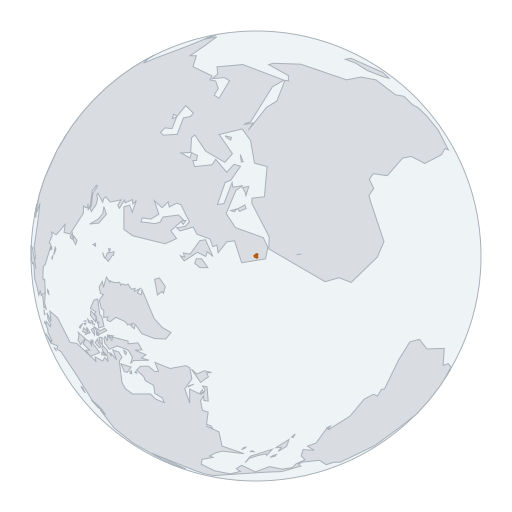 Portalegre on an orthographic globe, rotated 263°
{"feature_id": "PRT-747", "entity_name": "Portalegre", "entity_type": "District", "adm_level": 1, "iso_a3": "PRT", "parent_name": "Portugal", "parent_adm1": "", "projection": "orthographic", "projection_center": [-7.639, 39.223], "detail": "fine", "context": "on_globe", "style": "filled", "palette": "amber", "viewbox_px": 512, "rotation_deg": 263, "n_neighbors": 0, "source": "natural_earth", "source_scale": "10m", "svg_char_len": 10558}
<svg xmlns="http://www.w3.org/2000/svg" viewBox="0 0 512 512"><g transform="rotate(263 256 256)"><circle cx="256" cy="256" r="225" fill="#eef3f6" stroke="#a8b0b8"/><path d="M79.4,395.9L67.9,376.8L63.0,368.1L53.4,350.9L41.1,314.6L41.8,307.8L40.3,300.2L45.5,294.1L45.8,277.7L44.4,272.6L42.0,274.8L38.9,255.0L40.2,240.3L43.2,187.4L46.2,178.2L50.5,169.3L73.0,128.4L53.3,160.5L57.9,150.5L65.7,137.1L66.3,137.0L78.2,120.7L85.3,111.1L102.6,94.2L122.2,82.7L116.9,87.3L122.3,84.5L129.2,78.9L132.5,76.0L160.3,63.1L184.8,50.8L188.2,47.0L190.8,48.3L194.5,41.8L205.1,37.7L195.7,42.5L196.8,43.2L205.3,40.2L208.2,40.4L213.9,39.2L216.6,39.9L211.0,43.3L212.6,44.0L218.5,41.9L225.0,41.7L216.1,44.6L226.4,44.7L218.8,51.6L192.8,61.0L191.2,67.4L171.0,84.2L175.4,84.0L170.5,91.0L173.7,93.5L169.1,96.5L175.7,96.0L179.3,92.9L183.4,91.8L185.6,93.2L180.1,97.0L178.2,96.8L177.7,98.7L174.0,100.1L177.1,100.2L170.1,105.0L180.2,102.4L177.4,108.1L171.9,110.7L168.3,107.5L146.6,107.6L140.0,110.3L134.1,116.7L131.9,134.4L126.2,138.9L121.6,147.1L126.5,145.7L132.0,138.8L140.1,138.7L145.8,130.9L149.9,129.9L157.4,123.6L160.6,127.9L159.8,135.7L153.8,141.4L153.2,145.2L162.6,142.8L154.8,157.0L155.7,173.0L153.2,176.6L141.9,177.4L132.8,169.1L118.1,172.3L132.0,173.9L125.6,183.9L126.4,187.3L129.3,189.2L133.5,187.0L132.2,191.4L117.9,190.9L118.9,186.8L123.4,186.9L119.1,183.3L109.4,184.0L106.9,189.5L94.9,186.4L93.0,190.5L89.3,192.4L93.2,185.9L86.0,197.8L71.5,199.1L61.3,219.9L66.5,198.6L65.4,191.6L63.1,185.6L61.3,188.8L60.8,177.7L56.0,176.3L47.8,188.8L42.9,203.8L44.1,214.2L47.4,210.5L50.0,216.3L41.8,229.0L45.3,243.8L41.3,255.8L41.5,266.2L44.8,270.4L47.8,279.8L52.1,276.5L58.1,279.1L56.0,290.0L61.0,284.0L63.1,292.9L76.4,305.3L74.8,306.8L85.6,329.8L100.8,346.0L104.4,356.0L102.2,359.4L108.3,364.3L108.4,367.3L135.6,385.0L152.1,398.3L153.3,408.1L142.9,414.3L141.3,431.6L124.6,428.4L125.7,433.7L121.9,436.0L111.1,428.1L119.7,435.3L118.9,434.7L104.7,422.9L91.5,409.9L79.4,395.9ZM57.9,225.9L62.2,248.7L56.7,242.3L58.3,242.0L57.9,234.7L56.0,224.7L52.1,219.9L57.9,225.9ZM66.5,221.1L65.5,218.0L66.9,220.2L66.5,221.1ZM133.5,74.8L129.1,78.8L121.7,84.1L125.1,80.6L133.5,74.8ZM147.9,66.2L146.7,67.8L140.9,69.9L143.4,68.3L147.9,66.2ZM190.1,44.6L185.9,46.5L188.9,44.7L190.1,44.6ZM214.2,38.9L214.5,38.4L217.4,38.1L214.2,38.9ZM155.1,121.7L156.2,122.7L154.2,123.3L155.1,121.7ZM157.2,118.3L154.2,118.4L154.8,116.8L156.6,116.7L157.2,118.3ZM224.2,39.0L228.7,38.9L223.1,39.5L224.2,39.0ZM160.9,118.5L156.2,114.0L157.3,111.2L165.4,108.8L160.9,118.5ZM230.7,39.2L241.8,39.4L243.3,38.1L245.2,42.4L235.2,40.5L228.1,41.4L231.6,40.1L230.7,39.2ZM179.5,91.4L175.7,94.7L176.8,90.8L179.5,91.4ZM179.2,89.1L176.6,79.5L183.3,75.6L182.8,79.4L189.8,73.7L194.3,76.5L191.5,80.3L186.3,82.1L192.0,81.8L179.2,89.1ZM244.5,45.0L246.4,45.8L243.4,45.7L244.5,45.0ZM185.1,91.1L184.0,89.3L189.7,85.7L193.0,88.6L190.1,88.8L185.1,91.1ZM189.4,71.1L194.3,69.1L199.2,70.8L201.8,70.3L195.0,76.3L189.4,71.1ZM189.9,90.3L194.5,90.3L193.8,93.3L186.6,92.6L189.9,90.3ZM189.8,83.6L192.7,82.1L192.2,83.9L189.8,83.6ZM194.1,104.6L192.6,102.2L195.4,100.1L194.1,104.6ZM196.3,90.0L196.5,89.0L197.4,88.0L200.2,88.6L196.3,90.0ZM199.0,77.2L200.1,78.4L202.0,74.8L205.8,76.2L200.6,80.0L204.5,78.9L205.6,79.4L200.1,82.0L199.0,77.2ZM205.9,86.3L200.6,92.2L202.7,96.9L200.2,98.8L197.3,90.9L205.9,86.3ZM203.0,83.5L204.3,85.7L200.5,86.8L197.3,86.1L203.0,83.5ZM210.3,75.8L205.8,72.7L207.1,72.0L210.3,75.8ZM207.3,87.4L208.5,86.0L207.9,87.6L207.3,87.4ZM210.2,79.0L208.4,77.9L210.0,77.2L210.2,79.0ZM212.5,84.3L210.8,86.1L208.6,85.6L212.5,84.3ZM212.1,81.7L214.6,80.9L208.8,84.3L211.0,81.3L212.1,81.7ZM211.9,78.5L212.3,77.7L212.5,79.1L211.9,78.5ZM221.9,85.5L215.2,89.9L210.3,88.6L217.5,84.4L221.9,85.5ZM384.9,71.2L392.8,77.1L387.7,73.5L397.8,81.3L399.7,82.5L395.5,79.1L408.3,90.0L420.2,101.8L431.2,114.4L441.3,127.9L450.3,142.0L458.3,156.8L465.1,172.1L467.9,179.7L465.3,173.4L461.1,167.8L464.9,181.4L472.5,213.1L477.4,230.7L478.3,243.7L470.0,228.9L462.8,214.9L462.0,221.2L451.6,216.5L440.0,234.4L436.4,231.7L434.6,237.3L427.0,239.0L420.8,234.1L417.0,238.5L433.2,251.1L436.9,246.4L437.4,234.3L441.4,240.3L448.5,240.3L447.6,266.3L427.1,305.1L421.9,292.8L389.7,266.9L388.9,261.8L388.6,261.4L388.0,260.6L388.4,269.4L381.8,263.7L402.4,284.8L407.3,295.6L426.9,306.2L425.8,309.5L431.2,310.1L444.4,291.9L445.2,296.5L440.9,323.9L419.8,367.3L420.8,382.0L416.2,396.5L399.0,414.0L396.5,422.3L387.0,429.8L383.8,434.7L373.9,442.7L358.9,452.1L337.8,459.9L339.6,456.7L333.9,452.4L327.3,434.9L335.9,422.2L335.4,413.6L319.7,396.0L323.4,382.4L318.4,377.8L308.6,381.1L302.4,375.5L296.2,376.3L254.7,384.8L240.1,376.2L218.2,347.3L224.3,335.7L222.1,321.4L261.5,269.6L273.6,271.4L308.8,258.3L313.9,259.1L313.8,271.6L343.5,277.9L348.3,265.8L371.2,264.7L383.8,257.8L381.1,234.3L360.4,245.1L352.8,236.5L366.1,218.9L383.6,210.0L381.2,206.4L366.8,203.8L367.4,194.0L361.4,202.4L366.4,204.7L362.8,210.2L358.0,208.5L358.4,204.9L352.2,206.0L351.9,223.5L356.9,227.8L342.7,237.1L349.7,245.4L347.0,251.6L334.2,240.1L332.8,234.4L311.8,224.0L311.9,230.6L331.8,241.2L327.1,241.4L327.5,251.4L323.5,244.0L301.8,231.6L286.7,239.0L273.3,265.5L263.2,268.8L252.0,265.2L251.0,241.0L273.7,236.5L273.6,228.7L263.9,218.8L271.6,218.6L270.5,214.3L278.5,212.3L284.9,200.0L292.4,197.2L290.1,183.7L293.6,180.7L294.0,189.3L298.2,194.1L316.1,187.7L318.2,183.9L315.2,175.9L320.5,175.5L315.4,168.7L323.3,161.8L309.4,164.7L305.5,156.3L307.7,147.9L303.9,145.9L300.4,159.7L301.2,164.9L306.0,168.4L306.1,184.0L301.0,188.2L291.4,174.5L283.0,179.3L279.2,167.3L291.1,136.1L298.5,128.1L320.9,130.9L321.9,136.8L314.4,138.5L325.8,144.0L322.7,140.1L327.1,140.1L324.6,132.7L327.6,132.4L320.0,126.2L323.4,125.0L328.2,128.9L327.3,117.9L333.1,114.0L331.4,111.7L328.0,110.4L337.6,106.8L336.0,105.3L332.2,105.9L326.5,103.5L320.2,98.0L323.8,97.0L326.6,98.9L337.9,101.6L344.8,107.2L345.6,106.3L340.6,101.3L326.7,97.8L321.9,94.9L328.4,95.6L325.6,95.1L324.4,93.4L326.5,90.9L319.4,89.8L300.5,74.1L302.8,68.4L310.7,70.4L301.4,60.3L304.7,55.9L301.2,56.2L294.4,52.4L293.3,53.6L291.1,53.6L273.1,45.7L271.7,43.6L260.0,41.7L258.2,42.1L258.6,43.4L245.2,42.4L243.3,38.1L247.5,37.5L243.5,35.7L253.5,34.8L260.0,33.6L273.3,34.4L277.3,33.8L275.2,33.3L279.1,32.6L294.0,34.0L291.0,35.1L270.2,36.1L279.5,35.6L280.1,36.6L285.0,37.1L291.3,37.0L290.4,36.4L314.2,43.0L334.7,48.0L326.7,44.1L327.0,43.2L343.3,48.4L359.1,55.7L384.9,71.2ZM252.4,296.6L252.4,301.1L252.4,296.6ZM405.5,211.3L413.8,204.5L404.3,194.7L406.8,191.5L402.6,189.6L403.6,194.1L392.7,188.2L394.3,181.1L390.3,176.4L387.3,178.5L386.3,192.6L401.9,200.8L402.4,207.9L405.5,211.3ZM76.9,305.6L78.2,309.2L75.9,307.2L76.9,305.6ZM54.5,245.7L56.1,248.8L56.4,252.0L54.9,250.3L54.5,245.7ZM72.0,269.2L74.6,273.2L71.3,270.9L72.0,269.2ZM63.2,252.0L69.9,266.4L63.4,263.3L59.4,254.3L63.1,257.8L63.2,252.0ZM62.6,226.1L63.2,228.7L62.0,230.1L62.6,226.1ZM67.5,222.8L67.0,222.3L67.3,219.7L67.5,222.8ZM126.4,183.9L127.5,184.0L129.8,186.7L127.4,187.0L126.4,183.9ZM148.4,190.6L145.8,197.7L145.9,192.6L142.0,194.1L137.3,185.6L151.7,178.1L146.0,182.8L148.4,190.6ZM135.1,172.9L136.4,178.7L134.4,172.7L135.1,172.9ZM256.2,194.3L260.5,196.4L259.8,201.7L250.3,206.8L251.3,198.9L256.2,194.3ZM266.8,198.3L259.9,184.1L265.5,180.9L263.5,185.0L267.9,184.3L265.9,190.8L278.1,202.2L278.3,207.8L260.7,213.2L266.3,208.1L261.7,206.1L266.8,198.3ZM232.2,158.3L229.3,153.4L245.2,152.5L246.1,157.3L236.8,162.2L230.2,159.6L232.2,158.3ZM176.1,115.7L174.0,114.8L175.5,113.6L178.6,113.4L176.1,115.7ZM193.1,103.6L187.1,118.7L184.4,118.3L184.2,128.3L176.8,131.3L177.2,124.6L171.4,134.7L168.7,129.9L165.6,137.0L167.2,121.9L164.6,118.4L170.3,121.0L177.2,118.3L179.3,116.0L183.6,107.3L181.4,99.0L187.8,95.4L193.0,95.1L194.5,96.5L189.8,98.3L195.2,99.0L189.6,102.7L193.1,103.6ZM249.5,100.4L243.4,100.7L253.3,105.0L247.7,107.8L249.2,108.1L246.8,112.0L246.5,117.5L243.4,118.2L244.6,120.0L243.0,122.9L243.6,125.7L238.2,128.2L238.6,132.0L235.8,131.0L237.8,137.1L233.9,133.7L231.5,137.4L236.6,138.7L206.2,147.3L196.4,154.4L190.4,162.4L184.6,156.2L186.5,145.2L192.8,133.3L203.0,127.7L198.6,126.2L202.1,123.2L204.2,125.6L203.1,120.2L206.6,118.5L212.2,109.5L208.6,103.3L210.6,100.1L213.7,101.7L213.5,97.4L220.8,98.3L222.4,96.2L231.2,95.1L236.4,99.8L237.8,97.1L244.5,96.5L249.5,100.4ZM224.4,85.3L231.9,89.7L232.6,93.6L217.0,93.8L214.5,95.7L204.6,96.5L203.8,91.0L206.7,91.3L209.4,90.2L208.6,92.3L211.2,89.9L215.3,90.2L218.5,88.5L220.1,90.3L224.4,85.3ZM317.2,253.4L320.7,253.0L325.6,250.9L325.9,257.3L317.2,253.4ZM302.3,245.1L305.1,243.6L308.0,251.2L304.3,251.9L302.3,245.1ZM304.2,236.6L305.1,242.9L302.5,239.9L304.2,236.6ZM296.3,187.6L299.0,185.8L300.2,187.4L299.8,190.7L296.3,187.6ZM277.5,115.6L274.0,114.7L274.2,113.5L268.6,108.6L272.2,106.5L277.0,108.5L277.5,115.6ZM379.0,239.9L376.8,246.0L374.2,245.1L375.5,243.1L379.0,239.9ZM351.1,252.9L358.7,252.8L351.1,254.7L351.1,252.9ZM280.6,112.4L277.8,110.6L281.4,110.7L280.6,112.4ZM274.6,104.7L278.3,104.2L272.0,105.7L274.6,104.7ZM440.6,374.4L422.8,404.2L416.2,409.8L418.0,404.8L426.7,388.8L435.3,378.4L440.4,368.6L440.6,374.4ZM477.8,231.6L479.8,238.1L479.9,242.8L477.8,231.6ZM308.0,94.8L311.7,103.6L316.8,109.2L323.5,111.0L315.7,112.6L307.8,103.9L308.0,94.8ZM301.1,76.6L295.2,75.6L296.6,74.0L298.1,74.0L301.1,76.6ZM298.3,77.5L293.3,80.3L289.3,78.4L294.1,76.5L298.3,77.5ZM287.3,95.6L288.1,98.2L285.2,98.0L287.3,95.6ZM333.5,44.5L334.2,44.7L324.7,42.9L321.0,42.1L324.7,41.6L327.6,42.6L331.1,43.7L333.5,44.5ZM247.9,45.0L246.5,45.7L246.2,44.8L247.9,45.0ZM290.6,54.4L287.6,54.2L287.3,52.8L290.6,54.4ZM279.0,53.0L281.5,54.6L277.4,53.3L279.0,53.0ZM287.3,58.3L281.7,55.4L289.2,57.7L287.3,58.3Z" fill="#d9dde1" stroke="#a8b0b8" stroke-width="1"/><path d="M257.6,257.6L257.4,257.7L257.3,257.8L257.2,257.8L257.2,257.7L257.3,257.7L257.2,257.5L256.9,257.6L256.7,257.5L256.7,257.4L256.6,257.2L256.4,256.9L256.3,257.0L256.2,257.1L255.9,257.2L255.7,257.1L255.5,257.3L255.4,257.3L255.3,257.2L255.2,257.0L254.9,257.1L254.8,256.9L254.7,256.9L254.6,257.0L254.6,256.9L254.4,256.8L254.2,256.8L254.1,256.7L253.9,256.5L253.9,256.4L254.0,256.3L254.0,256.2L254.4,255.9L254.5,255.8L254.7,255.7L254.8,255.6L254.9,255.4L255.0,255.3L255.1,255.2L254.9,255.0L254.9,254.9L255.0,254.8L255.1,254.7L255.3,254.8L255.4,254.7L255.5,254.7L255.7,254.4L255.8,254.3L256.0,254.3L256.2,254.2L256.3,254.2L256.3,254.3L256.4,254.5L256.5,254.7L256.6,254.8L256.8,255.0L257.0,255.0L257.0,255.3L256.9,255.4L256.9,255.5L257.0,255.5L257.2,255.8L257.1,256.0L257.3,256.1L257.5,256.3L257.4,256.4L257.5,256.5L257.7,256.4L257.8,256.4L257.9,256.5L258.0,256.5L258.0,256.8L257.9,257.1L257.8,257.3L257.8,257.5L257.7,257.5L257.6,257.6Z" fill="#f59e0b" stroke="#b45309" stroke-width="1.5"/></g></svg>